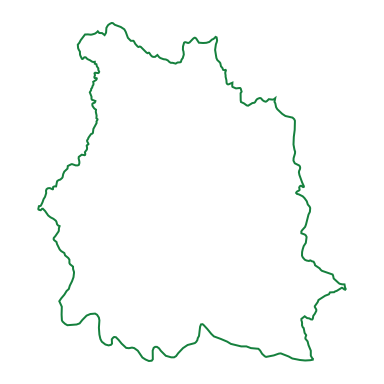 Phu Yen, Son La, Vietnam (Natural Earth projection)
{"feature_id": "81297802B22446045808118", "entity_name": "Phu Yen", "entity_type": "district", "adm_level": 2, "iso_a3": "VNM", "parent_name": "Vietnam", "parent_adm1": "Son La", "projection": "natural_earth1", "projection_center": [104.682, 21.225], "detail": "fine", "context": "isolated", "style": "outline", "palette": "green", "viewbox_px": 384, "rotation_deg": 0, "n_neighbors": 0, "source": "geoboundaries", "source_scale": "gbopen_adm2", "svg_char_len": 5775}
<svg xmlns="http://www.w3.org/2000/svg" viewBox="0 0 384 384"><path d="M100.4,339.0L101.8,341.7L105.4,344.5L108.6,345.4L111.0,344.8L112.0,343.6L111.8,339.3L113.1,337.7L114.1,337.0L115.9,337.2L118.6,339.9L121.6,343.6L126.2,347.9L128.9,348.2L132.0,347.6L134.2,348.1L137.8,350.7L142.4,357.5L145.5,359.5L148.9,361.0L151.7,360.7L152.8,359.3L152.7,350.6L153.7,347.8L155.1,346.9L157.0,346.9L159.0,348.3L160.9,350.9L165.8,355.8L171.1,357.3L174.1,357.3L176.1,356.1L178.2,353.2L183.0,348.1L187.6,345.0L194.8,343.1L196.2,341.9L197.3,340.2L197.8,338.1L199.0,336.0L200.1,326.7L201.0,324.4L202.6,324.2L203.8,325.2L207.3,329.0L211.3,333.9L213.9,336.4L220.7,338.9L227.1,341.6L230.9,343.9L241.2,346.4L246.4,346.4L250.9,348.1L258.4,348.8L260.1,350.5L262.1,353.8L264.8,356.3L266.1,356.9L273.8,355.4L278.9,353.6L280.8,353.4L288.7,356.5L292.3,358.5L300.0,360.0L305.2,360.5L310.3,360.2L312.8,359.7L312.9,358.8L312.2,358.2L310.8,355.7L310.8,350.7L308.5,345.1L307.6,341.4L305.4,338.7L305.4,337.6L306.2,335.2L304.6,332.9L303.7,328.1L302.8,327.3L302.0,325.2L302.1,323.5L301.9,321.7L301.4,320.4L301.4,318.9L304.7,316.3L307.1,318.1L309.3,318.4L310.9,319.4L312.2,319.5L312.8,318.7L313.3,315.8L314.8,313.8L316.3,310.9L316.3,309.6L314.8,306.9L314.8,306.2L317.7,302.1L318.5,300.0L325.2,295.7L328.9,294.3L330.0,292.4L334.1,292.2L335.1,291.4L336.7,290.9L341.7,287.8L342.4,287.9L344.3,289.4L345.2,289.7L345.7,289.0L345.0,287.3L344.5,284.4L342.0,284.3L339.5,283.7L338.4,282.8L333.7,278.5L333.1,275.7L332.6,274.5L321.9,270.8L320.6,269.7L319.7,268.4L315.1,265.3L314.6,263.5L313.6,261.7L311.4,261.1L310.7,260.5L310.1,260.4L309.0,261.0L306.5,260.5L304.8,259.7L302.8,257.4L302.0,255.6L302.1,252.0L302.7,249.3L303.7,246.1L305.8,242.9L306.6,237.0L305.8,235.4L304.7,234.5L301.4,233.3L301.3,231.6L301.8,230.6L305.1,226.9L306.0,224.5L308.5,214.6L309.9,211.8L310.2,208.1L309.6,206.6L307.8,204.5L306.8,201.3L304.5,198.1L302.7,196.3L298.9,194.4L297.0,193.9L296.1,192.9L296.8,191.7L299.3,190.3L299.6,189.8L299.2,187.5L299.8,186.3L301.0,185.7L303.1,187.1L303.7,187.0L303.9,186.3L302.1,182.4L299.4,174.9L298.9,172.2L299.2,170.7L299.9,169.3L300.2,167.9L299.9,166.4L299.2,165.5L294.8,163.3L293.5,160.7L293.6,158.2L295.0,153.4L295.1,151.7L294.4,149.5L293.5,144.5L293.8,136.9L294.7,129.9L294.9,121.8L294.9,120.7L294.2,119.2L292.5,117.6L285.4,116.0L282.1,113.8L277.3,109.2L276.1,107.2L275.3,103.3L274.5,101.9L275.2,98.2L273.7,99.4L272.4,99.6L268.8,99.2L267.0,101.0L265.8,101.7L264.3,101.3L262.6,100.2L261.1,98.4L260.0,98.0L258.9,98.3L257.3,99.0L256.3,100.0L255.1,102.1L254.4,102.7L252.3,103.1L248.1,105.7L246.7,105.4L244.0,103.4L241.0,102.0L240.7,100.3L240.6,93.2L241.6,91.7L240.7,88.6L240.3,88.1L239.6,88.0L236.0,88.4L232.5,86.9L232.2,86.0L232.4,82.7L228.7,84.3L227.7,84.3L227.1,83.9L226.6,83.0L226.4,80.2L225.6,76.8L225.6,75.3L225.2,72.9L225.9,70.3L225.6,69.9L224.5,70.2L223.1,69.8L222.3,67.8L221.0,66.4L220.3,63.2L219.7,62.3L217.3,60.0L216.4,58.0L215.1,49.9L215.9,44.3L216.8,41.9L217.1,40.4L216.6,37.4L215.6,36.9L214.4,38.2L213.2,39.1L212.1,39.5L209.4,41.9L206.4,42.8L203.1,43.0L198.9,42.7L196.1,38.4L194.9,37.7L194.4,37.8L193.2,38.6L189.5,42.5L188.1,43.0L185.5,42.2L184.6,42.3L184.1,42.7L183.0,46.5L182.9,49.7L183.5,51.6L183.8,54.6L182.7,58.2L181.6,59.6L180.9,61.9L180.2,62.3L177.5,62.5L175.7,63.6L172.5,62.8L170.8,62.8L169.4,62.0L167.8,60.4L165.9,59.5L163.5,59.2L160.3,58.0L159.1,57.1L157.4,55.0L155.0,56.9L153.2,56.9L152.0,56.4L150.8,55.2L149.2,52.8L148.7,52.7L147.6,53.2L146.5,52.6L140.8,46.9L139.8,46.5L138.5,47.0L137.7,46.6L135.3,43.9L133.9,41.3L133.4,40.8L130.8,40.8L127.9,37.8L125.7,31.8L124.3,29.3L120.8,27.0L114.8,24.8L112.8,23.1L111.6,23.0L110.1,23.7L108.3,24.9L107.5,26.0L106.4,27.9L106.1,32.3L105.8,33.2L104.6,35.1L102.1,33.1L99.3,33.0L97.8,31.3L96.6,32.5L94.8,33.7L92.0,34.5L90.9,34.7L87.9,34.4L85.0,34.5L80.7,40.2L79.4,42.7L77.8,44.7L78.1,48.1L78.8,49.8L79.9,51.6L80.0,54.3L80.3,55.5L81.9,58.8L82.3,59.0L83.0,58.7L84.2,57.4L85.0,57.2L86.1,57.6L86.7,58.4L87.5,59.1L90.1,60.3L92.0,61.6L93.2,62.0L94.8,61.8L94.8,63.7L96.4,64.2L96.9,66.4L98.3,68.3L98.3,69.9L99.2,71.8L98.8,72.7L98.1,73.1L95.2,72.7L94.5,73.3L95.0,75.2L94.4,76.8L94.4,77.6L94.7,78.0L96.6,78.2L96.8,78.8L96.2,79.9L93.2,81.8L93.5,83.5L93.4,84.7L92.6,85.9L92.1,87.7L91.2,88.8L91.1,90.2L89.8,92.3L91.5,96.7L91.5,98.9L91.9,99.7L95.4,101.0L95.2,101.9L94.6,102.7L93.1,103.2L92.4,103.8L92.3,105.0L92.7,106.3L94.3,108.5L96.0,109.7L95.8,111.9L96.6,115.6L96.4,118.2L97.5,119.2L97.5,119.7L96.5,121.4L96.6,123.0L93.4,128.9L92.9,132.9L92.3,133.6L91.3,133.9L90.7,134.5L88.4,137.8L88.2,138.7L87.1,140.4L87.2,141.5L88.4,143.7L88.4,144.3L87.1,145.1L86.7,145.7L87.1,148.0L86.9,149.5L84.9,152.2L85.3,154.0L85.1,154.9L84.6,155.2L81.7,154.7L78.8,156.9L78.6,158.3L79.3,161.3L79.4,163.0L78.9,164.8L77.8,165.4L75.7,165.4L72.3,164.2L71.4,164.2L67.8,166.0L67.5,168.6L64.3,171.6L63.2,174.1L62.6,177.2L62.1,178.0L60.3,179.6L59.1,179.9L57.4,180.9L57.0,181.7L56.1,186.4L54.3,186.4L53.1,187.1L52.9,189.2L52.5,189.3L50.1,188.2L49.1,188.1L47.6,188.4L46.5,189.3L46.0,190.8L46.2,193.1L45.0,196.9L43.6,199.1L42.5,202.3L41.3,204.8L40.6,205.9L38.9,206.2L38.3,209.0L38.5,209.5L39.2,209.9L40.7,210.2L42.1,208.8L42.8,208.7L45.0,210.9L48.2,215.5L50.5,217.3L53.4,218.8L55.8,220.7L56.4,221.7L57.1,224.3L58.0,225.4L59.6,226.1L58.9,228.3L58.9,230.0L58.6,231.4L55.3,236.2L53.8,237.9L53.6,239.1L54.1,240.1L56.5,242.0L57.0,244.0L59.7,249.5L61.3,251.2L64.3,253.0L65.1,255.4L68.3,258.0L69.4,259.7L69.4,263.0L70.0,264.2L73.0,266.6L73.1,269.1L74.0,272.0L74.0,272.9L73.5,277.2L72.0,281.3L69.8,285.7L68.8,289.0L66.6,291.0L64.4,294.6L61.2,298.4L59.3,301.2L61.8,306.7L61.6,314.7L61.9,320.3L62.6,321.6L65.1,323.9L67.4,325.2L76.6,324.5L79.6,323.4L82.3,320.0L86.6,315.6L90.4,314.0L95.1,313.6L97.1,314.8L98.9,317.6L99.4,320.4L98.9,327.7L99.4,334.6L100.4,339.0Z" fill="none" stroke="#15803d" stroke-width="2"/></svg>